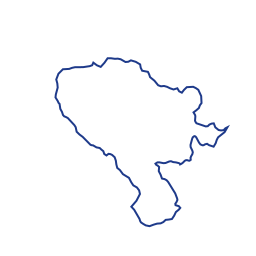 map outline of Xiangkhoang (Mercator projection), rotated 34°
{"feature_id": "LAO-3286", "entity_name": "Xiangkhoang", "entity_type": "Province", "adm_level": 1, "iso_a3": "LAO", "parent_name": "Laos", "parent_adm1": "", "projection": "mercator", "projection_center": [103.697, 19.42], "detail": "fine", "context": "isolated", "style": "outline", "palette": "blue", "viewbox_px": 256, "rotation_deg": 34, "n_neighbors": 0, "source": "natural_earth", "source_scale": "10m", "svg_char_len": 2380}
<svg xmlns="http://www.w3.org/2000/svg" viewBox="0 0 256 256"><g transform="rotate(34 128 128)"><path d="M209.4,95.6L204.8,96.9L202.4,96.9L201.9,97.5L201.1,98.3L200.3,100.0L199.4,100.7L197.2,101.1L195.1,100.4L189.8,97.6L188.5,97.3L187.5,97.7L186.9,99.5L187.2,101.0L189.3,107.1L190.6,108.8L194.0,110.8L195.3,111.9L196.0,113.8L196.1,115.8L196.5,117.7L197.8,119.3L197.3,120.7L196.4,121.2L195.2,121.5L194.1,122.2L193.4,123.4L192.9,126.1L192.5,127.3L191.7,128.9L191.6,129.0L191.3,128.5L189.7,128.7L187.0,129.7L184.5,131.0L182.2,131.5L180.9,132.7L178.7,136.0L177.1,137.3L173.1,139.0L171.6,140.1L170.7,142.2L171.8,142.7L173.8,142.6L175.6,142.9L177.1,145.6L177.6,146.5L178.4,147.0L181.2,148.5L184.4,150.9L184.5,150.9L186.9,149.9L189.2,149.7L191.5,150.3L203.7,155.8L208.1,158.9L209.2,160.0L209.6,162.3L209.6,164.4L210.6,165.4L213.8,164.4L216.0,165.0L215.8,167.2L214.7,170.9L215.3,174.9L215.3,178.9L213.0,181.1L210.6,183.1L209.9,186.2L208.4,188.8L205.6,191.0L203.3,193.8L200.8,197.3L197.2,198.8L194.3,199.0L191.5,199.0L189.9,198.2L188.5,197.0L178.8,192.3L174.8,191.4L175.7,183.6L174.8,176.0L172.1,173.5L168.6,172.3L164.5,172.6L161.1,171.2L156.7,168.8L149.6,169.1L144.8,167.4L141.4,167.1L138.7,164.7L136.2,161.9L133.3,159.7L129.9,159.2L128.0,159.5L126.3,160.3L125.5,162.8L122.8,162.8L120.5,161.0L118.1,160.8L115.7,160.4L112.7,161.7L108.8,161.9L107.7,162.5L106.3,162.9L95.4,160.7L91.4,160.5L87.5,159.8L84.2,156.6L81.9,155.6L72.5,153.4L70.4,153.6L68.6,154.0L66.9,153.6L64.3,151.6L61.2,150.0L57.8,146.3L56.4,146.0L54.6,144.9L50.8,143.2L49.4,140.5L47.1,133.8L44.5,130.6L41.4,127.9L40.0,121.9L41.2,115.7L46.2,111.9L48.0,109.4L50.1,107.2L56.7,102.7L61.7,98.1L63.2,96.0L62.7,93.2L67.2,93.4L71.2,92.6L72.0,87.1L72.1,81.6L75.1,79.6L78.4,78.0L80.8,76.2L83.5,75.1L89.0,74.7L91.2,72.9L92.6,70.3L97.4,68.8L102.5,68.5L104.8,70.9L107.7,72.6L113.1,70.3L115.5,71.7L117.9,73.5L123.4,74.0L129.1,75.7L132.0,75.0L134.4,73.0L137.4,72.0L140.5,71.6L144.2,70.6L146.7,67.5L149.9,69.0L152.9,68.6L153.1,65.2L153.9,61.3L159.0,57.4L161.8,57.0L164.9,57.0L170.8,60.6L175.0,66.2L174.9,69.0L175.6,71.8L174.7,75.2L173.6,78.4L176.5,79.8L177.4,80.8L179.5,84.5L180.6,85.2L182.1,85.8L191.6,83.2L193.1,81.9L193.6,79.6L194.8,77.7L196.5,76.2L200.0,78.6L204.2,79.0L206.5,78.0L208.5,76.3L208.9,73.8L210.0,71.8L210.4,77.4L207.9,85.3L208.2,88.1L209.2,91.6L209.4,95.6L209.4,95.6Z" fill="none" stroke="#1e3a8a" stroke-width="2"/></g></svg>